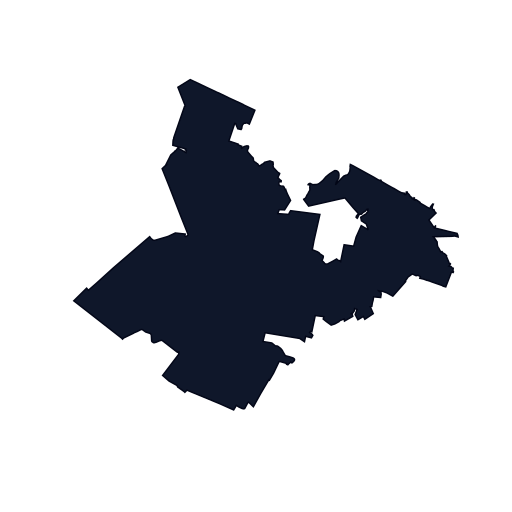 Independenta, Constanta, Romania (Natural Earth projection), rotated 129°
{"feature_id": "2599482B49853349653929", "entity_name": "Independenta", "entity_type": "district", "adm_level": 2, "iso_a3": "ROU", "parent_name": "Romania", "parent_adm1": "Constanta", "projection": "natural_earth1", "projection_center": [28.039, 43.934], "detail": "fine", "context": "isolated", "style": "filled", "palette": "ink", "viewbox_px": 512, "rotation_deg": 129, "n_neighbors": 0, "source": "geoboundaries", "source_scale": "gbopen_adm2", "svg_char_len": 6104}
<svg xmlns="http://www.w3.org/2000/svg" viewBox="0 0 512 512"><g transform="rotate(129 256 256)"><path d="M143.4,348.6L146.2,360.1L146.4,361.7L150.1,376.2L152.6,387.1L153.3,389.3L160.3,418.1L174.0,422.9L183.9,405.4L184.7,405.7L215.7,394.4L217.5,393.3L217.7,393.2L217.9,393.4L218.9,392.8L222.3,390.3L217.0,378.0L218.1,377.7L217.7,376.6L219.7,375.5L221.3,384.7L225.4,384.6L225.4,385.0L227.8,385.1L228.0,385.3L231.1,385.8L242.5,383.3L242.3,383.1L243.4,383.4L247.2,383.9L256.3,367.6L272.4,339.5L282.1,322.2L282.3,322.1L284.6,322.4L285.3,323.1L285.2,323.5L285.0,323.9L284.3,324.4L283.5,324.8L284.1,325.8L288.9,333.2L295.4,336.3L296.8,337.1L307.5,344.5L308.4,345.7L308.5,348.4L307.9,350.8L355.1,359.4L377.8,362.9L388.1,364.7L387.6,367.4L405.5,369.4L404.4,308.8L404.6,307.4L403.1,307.3L393.1,302.6L392.9,302.7L389.4,300.8L385.8,299.2L384.9,298.5L384.7,297.8L384.5,293.9L382.8,289.5L382.9,288.5L383.3,287.6L387.6,283.7L388.0,283.0L387.9,281.2L387.6,280.6L385.8,279.3L382.6,277.6L381.1,276.5L380.7,275.7L380.3,256.7L380.1,256.2L379.1,255.6L380.2,254.7L381.5,254.2L407.6,253.4L407.9,244.7L406.4,236.4L406.5,235.6L407.1,234.3L406.7,228.6L406.6,226.1L406.7,225.5L403.7,225.2L393.5,190.8L389.7,176.5L384.4,177.2L384.2,174.6L383.7,172.5L383.3,170.9L382.7,169.6L382.1,169.0L381.6,168.8L374.9,170.1L374.4,170.0L374.3,168.5L374.8,163.2L360.0,165.8L344.5,168.1L344.7,167.7L344.3,167.4L336.1,168.6L323.6,171.6L323.0,171.0L322.5,170.0L320.2,164.5L320.9,164.1L320.5,162.8L318.8,162.7L317.3,162.3L316.5,162.4L316.5,160.8L314.3,160.4L312.9,160.5L312.1,161.0L311.9,161.4L311.8,161.9L311.9,163.1L313.2,166.5L315.0,170.5L313.5,174.6L312.8,176.1L312.3,178.6L312.4,182.2L312.7,183.1L313.7,184.3L313.6,188.6L313.9,189.5L318.1,196.8L309.9,200.6L292.6,170.2L292.1,164.4L287.2,166.9L284.7,161.4L281.9,161.9L281.6,163.0L281.5,164.0L281.8,166.1L281.7,166.3L280.2,166.2L279.8,164.9L265.0,172.5L260.4,165.1L262.7,164.1L262.7,160.0L262.4,154.1L259.2,152.0L254.8,150.2L253.6,150.2L249.5,148.0L250.9,146.3L242.0,142.8L240.8,144.5L241.0,145.7L240.4,145.6L240.3,144.9L236.7,145.1L234.8,146.3L233.9,143.8L239.1,142.1L241.4,136.7L235.4,134.5L236.7,131.6L227.0,128.6L223.5,135.3L222.3,134.3L219.1,136.1L216.6,137.2L213.7,138.9L209.8,133.0L207.0,134.6L205.5,136.1L205.4,136.5L205.8,137.4L206.1,138.4L205.9,139.0L204.4,136.6L203.6,134.8L202.3,131.1L201.1,124.4L181.9,123.6L182.0,124.2L176.6,124.6L171.6,123.2L170.7,119.6L170.5,119.1L169.7,118.6L169.2,117.9L168.7,116.6L168.6,115.3L170.2,114.7L168.4,111.0L167.4,107.9L166.7,106.7L166.4,106.5L166.2,106.2L166.5,105.9L166.0,104.8L165.7,103.6L161.8,92.8L161.8,92.2L161.6,91.4L160.6,89.1L145.5,94.0L144.8,92.4L144.0,92.6L143.8,93.3L142.6,94.3L141.4,95.0L141.6,95.3L141.8,95.8L141.6,97.0L141.5,97.9L142.1,98.9L142.4,99.7L141.5,99.5L141.2,99.8L139.8,99.9L139.7,100.5L140.2,100.8L140.1,101.3L139.4,102.3L137.1,106.6L136.8,107.5L135.8,108.1L135.6,110.7L136.0,112.7L135.5,114.2L136.0,114.7L136.6,114.8L135.6,117.3L135.0,118.7L134.6,120.2L133.5,121.8L131.0,124.2L130.9,124.5L130.9,125.2L130.4,125.9L130.4,126.2L130.8,126.6L130.1,127.2L129.5,130.4L117.8,116.6L115.4,114.1L114.0,110.9L112.8,112.2L111.9,114.0L115.8,122.0L117.1,124.9L121.6,134.4L121.6,134.6L119.7,135.3L119.7,135.5L121.9,135.4L119.2,144.3L109.3,143.1L109.0,145.2L108.0,146.9L108.9,148.1L107.0,149.9L104.1,150.8L104.4,151.4L108.0,151.3L109.4,150.8L109.8,151.0L110.4,153.9L110.7,156.5L111.6,161.8L111.1,162.2L111.4,166.5L111.9,167.8L112.6,167.6L112.8,168.7L112.0,169.2L111.4,169.4L111.2,169.5L111.3,169.9L113.0,169.7L113.2,170.9L112.5,171.4L112.6,173.6L111.9,175.7L111.7,178.0L111.1,178.9L111.6,179.4L112.6,178.3L114.0,178.1L114.6,178.9L114.7,179.6L113.6,179.8L115.3,182.8L115.9,185.7L116.7,191.4L116.8,191.4L118.0,198.2L119.2,206.0L118.5,206.4L118.7,207.0L119.6,207.8L119.9,209.1L120.6,214.0L124.8,237.3L125.5,240.3L127.1,239.4L127.9,238.5L130.7,236.7L132.0,236.2L134.0,235.9L134.9,235.9L135.5,236.1L136.6,237.0L138.7,238.1L147.3,238.9L149.9,238.9L150.2,239.2L150.0,239.4L148.0,240.1L143.4,240.7L140.9,242.4L139.7,243.6L139.2,244.4L138.9,245.6L139.0,246.7L139.4,247.7L140.1,248.6L145.4,250.4L147.5,250.9L150.6,251.5L155.1,251.6L157.8,252.1L160.1,252.6L160.9,253.0L161.8,253.5L162.6,254.3L165.0,257.0L165.1,258.0L165.4,258.9L165.5,259.7L166.2,260.2L166.8,260.4L167.6,260.5L167.8,260.4L167.1,259.1L167.2,258.6L167.4,258.3L169.1,257.2L170.1,256.1L171.6,255.4L172.9,255.3L174.9,254.8L176.6,254.7L179.4,254.0L180.3,254.1L181.9,254.7L182.0,254.6L184.1,246.5L159.7,227.3L154.9,223.4L157.3,211.1L158.6,203.1L161.8,203.1L162.9,202.6L163.0,201.1L162.3,201.1L159.3,201.9L157.7,201.2L157.4,200.6L157.0,200.3L154.9,200.2L152.6,199.3L149.8,199.2L149.2,198.4L150.3,198.1L150.4,197.3L150.9,196.9L152.2,197.1L154.4,197.0L155.3,197.5L160.0,199.0L162.3,196.2L161.7,190.4L164.2,186.4L164.7,185.8L165.1,185.8L166.2,193.3L178.3,190.1L186.9,186.3L191.8,194.6L207.1,186.7L207.0,188.2L207.6,189.1L207.7,189.7L207.6,191.5L211.6,193.0L217.2,195.4L217.6,195.7L218.6,197.3L218.6,197.9L218.3,198.9L218.1,201.0L217.7,202.1L216.2,202.3L215.0,202.8L214.2,203.2L213.7,203.8L214.1,208.0L213.8,208.7L214.0,210.8L215.7,216.2L207.6,220.6L183.5,232.5L199.0,257.6L201.4,257.3L203.1,256.8L209.4,265.8L205.4,267.1L203.4,264.5L202.2,262.8L191.1,264.1L188.1,270.5L186.7,273.1L185.6,274.8L186.2,274.9L186.3,275.2L185.6,276.2L185.0,277.1L184.5,278.5L185.1,279.5L185.8,280.3L186.2,281.4L186.4,282.4L186.1,283.0L185.1,284.1L184.2,284.6L183.5,284.4L182.5,283.2L181.6,283.8L181.7,285.9L181.3,287.6L181.6,288.2L181.2,288.4L177.1,289.4L176.9,289.6L177.2,291.6L176.3,298.2L174.5,300.2L174.0,300.2L172.3,301.9L173.3,305.0L177.8,308.3L178.5,308.4L179.3,308.2L180.8,309.0L182.7,309.5L184.1,310.2L183.3,312.9L183.7,313.9L183.4,314.9L183.8,316.5L183.3,318.2L182.3,319.0L181.5,320.2L181.4,322.0L180.3,328.0L179.4,329.0L178.8,329.4L176.9,329.8L175.7,330.6L175.4,331.3L176.2,332.5L178.4,334.1L179.4,334.4L181.0,334.6L181.5,335.0L180.9,335.6L179.7,336.1L180.9,340.0L180.3,340.3L183.7,349.5L166.3,356.0L165.9,355.1L166.8,353.6L168.6,350.2L167.1,347.2L166.0,347.3L163.7,348.6L162.4,349.0L160.4,348.9L159.7,348.0L158.2,346.8L157.7,344.2L143.4,348.6Z" fill="#0f172a" stroke="#020617" stroke-width="1.5"/></g></svg>